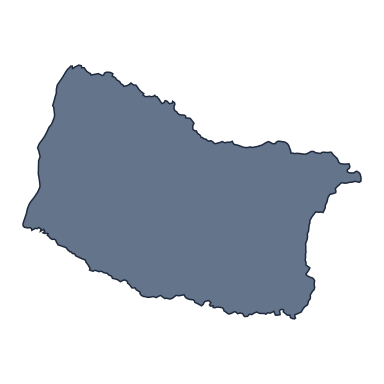 outline of Estreito, Maranhão, Brazil
{"feature_id": "56859067B74339970146751", "entity_name": "Estreito", "entity_type": "district", "adm_level": 2, "iso_a3": "BRA", "parent_name": "Brazil", "parent_adm1": "Maranhão", "projection": "albers", "projection_center": [-47.169, -6.764], "detail": "fine", "context": "isolated", "style": "filled", "palette": "slate", "viewbox_px": 384, "rotation_deg": 0, "n_neighbors": 0, "source": "geoboundaries", "source_scale": "gbopen_adm2", "svg_char_len": 5199}
<svg xmlns="http://www.w3.org/2000/svg" viewBox="0 0 384 384"><path d="M52.7,105.6L53.7,107.3L53.9,109.0L54.6,114.9L54.3,117.4L51.6,124.2L49.0,127.3L46.9,131.9L44.5,136.5L41.7,140.5L40.4,142.1L38.9,144.4L37.6,147.9L38.8,151.0L40.1,156.7L38.6,160.8L38.3,174.0L39.1,178.2L39.6,182.0L40.0,185.9L39.7,187.6L37.8,191.9L34.0,197.6L30.6,201.9L29.1,204.4L27.3,209.2L26.4,213.5L23.4,222.4L23.0,223.9L23.1,225.9L24.5,227.3L27.6,227.9L29.7,227.6L31.4,228.4L31.8,230.3L33.4,229.4L35.5,228.3L37.1,228.7L38.7,227.5L41.0,229.0L40.4,231.3L43.7,229.4L44.7,231.6L43.0,232.8L44.4,233.4L46.8,233.3L48.1,233.9L47.3,235.3L48.7,236.2L49.9,237.8L51.5,239.1L52.9,239.4L54.3,239.2L55.6,240.0L56.5,242.2L58.2,245.0L60.5,245.6L63.4,246.7L65.7,247.4L66.7,248.4L67.6,249.8L68.7,250.6L69.9,251.8L71.5,252.0L72.3,253.5L74.6,253.7L75.7,255.8L77.2,256.5L80.3,258.0L82.6,259.0L85.2,259.9L85.9,262.0L87.7,264.3L89.0,266.6L90.0,268.3L89.5,270.0L91.2,270.7L93.1,271.2L94.8,270.3L96.4,270.7L99.0,271.7L100.4,271.3L101.9,271.5L103.8,272.7L107.4,273.4L108.4,274.8L111.5,276.1L112.5,278.4L114.4,278.7L117.6,279.7L120.4,281.7L123.5,280.1L125.2,280.1L127.5,281.5L127.6,283.2L129.3,284.4L131.9,287.9L135.4,288.0L136.1,289.7L140.1,292.1L140.0,293.7L141.3,295.3L143.2,296.4L145.4,296.7L148.0,297.4L150.6,297.1L152.8,296.6L154.2,296.7L156.1,297.6L158.7,296.2L160.6,295.4L164.7,298.5L166.4,298.2L169.1,298.9L170.7,298.9L172.7,298.0L176.1,295.4L177.5,295.5L178.9,295.8L184.1,294.8L185.4,297.2L186.8,298.4L189.3,299.3L191.4,299.7L193.0,299.7L194.3,300.6L194.9,302.4L197.7,303.7L201.6,305.8L203.3,304.3L203.9,302.7L205.0,301.5L208.6,300.5L210.9,302.6L209.5,304.8L210.4,306.1L213.1,305.8L213.2,307.5L215.0,307.7L217.2,307.1L219.1,307.2L222.4,307.8L223.5,309.0L223.9,310.7L226.3,312.4L228.3,313.9L229.8,313.9L232.0,313.0L234.4,311.7L236.1,312.2L237.6,313.7L240.2,313.0L242.6,313.6L244.4,316.5L247.4,316.4L249.6,314.2L251.9,314.6L253.2,313.6L254.7,312.8L256.7,312.0L259.5,313.4L264.4,313.5L266.0,314.2L267.6,312.8L270.3,313.1L273.9,311.4L275.4,315.1L277.2,315.2L280.1,314.7L280.0,313.0L279.5,311.3L280.1,310.0L281.6,309.3L283.6,309.9L283.3,311.8L287.4,315.2L289.9,315.1L290.5,317.7L292.6,318.6L294.4,318.9L295.5,318.1L294.9,316.7L294.9,314.7L297.2,313.9L299.3,312.9L301.2,312.0L303.3,308.5L304.6,306.9L307.6,304.7L308.6,300.7L310.1,299.1L310.4,297.6L310.3,294.9L312.7,291.0L314.0,289.9L314.7,287.2L314.1,285.0L314.3,282.9L314.6,280.6L313.4,278.7L312.3,277.9L310.1,277.2L307.1,275.7L305.9,274.0L307.0,272.7L309.3,269.3L309.8,267.7L308.1,266.7L305.9,264.9L306.0,262.3L305.2,260.2L305.4,258.7L305.6,257.2L305.5,253.9L306.0,252.2L305.7,249.4L305.8,247.5L305.6,243.6L307.2,239.3L307.5,236.8L307.4,233.4L308.5,231.4L309.2,224.6L310.0,222.7L309.7,221.0L311.9,216.9L313.9,214.3L315.7,211.9L318.8,212.3L320.9,212.0L323.1,212.5L325.2,208.0L325.4,205.2L327.1,201.6L327.9,197.6L330.0,194.3L332.1,193.9L335.7,192.7L335.9,191.2L335.3,188.7L336.5,187.4L337.6,186.1L338.7,185.4L340.9,183.1L342.4,182.8L344.9,183.2L347.6,182.9L349.5,182.3L352.0,182.2L355.2,181.3L357.9,182.0L359.4,182.3L361.0,181.0L361.0,177.3L360.0,173.8L359.0,172.7L357.1,171.3L355.6,171.5L354.2,172.7L352.9,173.0L349.4,172.8L347.3,171.7L347.3,169.9L349.6,167.9L349.8,166.2L349.0,163.8L345.8,164.1L342.7,164.0L340.2,163.5L338.9,162.6L338.1,160.5L337.1,158.4L333.2,154.8L331.3,152.2L329.8,152.2L327.9,152.5L323.3,152.2L321.9,152.4L320.4,153.5L317.8,153.0L315.5,152.8L313.8,151.5L312.4,151.4L311.0,151.5L309.5,152.4L306.5,153.9L304.4,154.2L301.7,153.8L300.2,153.6L296.9,153.3L294.9,153.6L293.3,153.2L290.8,153.1L290.7,150.9L289.8,148.6L288.7,145.5L287.4,143.7L285.2,142.2L283.9,141.9L279.1,141.2L277.6,141.3L276.2,142.3L274.9,143.7L272.2,143.6L271.1,142.8L268.7,141.6L266.4,142.4L261.5,145.3L259.5,145.7L257.5,146.5L252.2,147.5L250.1,146.9L248.4,147.4L246.4,147.6L243.5,147.3L239.1,145.6L236.0,144.7L234.3,144.5L233.1,143.2L232.3,141.3L229.6,142.4L227.8,142.1L226.2,142.5L224.4,142.7L222.2,141.5L220.0,142.5L215.7,143.6L214.4,143.5L212.5,141.6L210.8,140.7L208.7,141.2L206.9,140.1L205.9,139.1L203.6,138.8L202.8,137.7L200.9,137.2L200.3,135.5L199.2,134.5L197.5,133.4L196.4,130.9L194.9,130.9L192.9,129.4L192.7,126.7L193.1,125.1L194.0,123.3L192.7,121.5L191.4,119.8L190.2,118.4L188.0,118.0L185.9,118.0L185.6,116.1L184.2,115.1L181.5,115.0L179.5,114.7L177.7,113.3L176.6,111.7L175.0,110.8L174.0,108.7L174.1,106.2L174.8,104.7L174.7,102.9L172.7,101.3L172.3,103.1L169.4,103.7L166.9,101.1L165.1,100.6L164.2,102.5L161.9,103.6L159.9,100.7L159.2,99.3L158.2,98.5L157.3,96.9L155.5,96.4L154.8,95.3L153.6,96.2L151.5,96.8L149.6,96.2L147.3,96.6L145.1,96.6L143.1,95.0L143.8,93.6L141.4,91.9L139.7,90.3L138.5,88.9L137.7,87.5L136.0,85.2L133.4,84.9L130.9,83.0L129.4,84.4L127.8,85.4L123.9,86.4L122.8,84.8L121.0,83.9L119.7,81.7L118.0,80.5L116.3,79.6L115.7,78.1L114.2,77.0L112.3,76.4L112.8,73.6L110.5,72.5L108.6,72.2L106.3,72.2L104.5,73.1L103.7,75.0L101.9,75.5L100.3,74.5L98.3,73.6L95.4,74.2L91.0,75.0L90.3,73.5L88.8,72.8L86.7,71.3L85.5,69.7L84.3,67.8L81.6,67.7L81.4,65.7L78.8,65.1L75.2,66.9L72.5,68.6L72.3,66.1L70.8,66.1L69.3,67.8L67.7,69.2L66.1,71.4L62.3,77.7L57.4,84.8L57.0,86.2L56.7,87.7L56.4,89.0L56.3,91.4L56.3,93.4L55.7,95.1L55.1,97.0L54.7,98.8L53.4,103.3L52.7,105.6Z" fill="#64748b" stroke="#1e293b" stroke-width="1.5"/></svg>